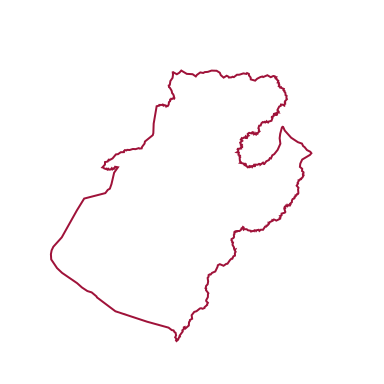 Kranuan, Khon Kaen, Thailand (Mercator projection), rotated 30°
{"feature_id": "78962969B2173089266466", "entity_name": "Kranuan", "entity_type": "district", "adm_level": 2, "iso_a3": "THA", "parent_name": "Thailand", "parent_adm1": "Khon Kaen", "projection": "mercator", "projection_center": [103.114, 16.767], "detail": "fine", "context": "isolated", "style": "outline", "palette": "rose", "viewbox_px": 384, "rotation_deg": 30, "n_neighbors": 0, "source": "geoboundaries", "source_scale": "gbopen_adm2", "svg_char_len": 6041}
<svg xmlns="http://www.w3.org/2000/svg" viewBox="0 0 384 384"><g transform="rotate(30 192 192)"><path d="M254.6,313.3L256.0,309.2L254.5,306.2L254.7,305.1L254.2,303.9L255.5,301.7L253.3,298.9L253.9,294.7L255.5,293.0L257.1,288.9L258.0,288.1L259.6,287.8L260.8,286.2L260.5,285.4L261.6,282.2L261.2,281.8L261.2,280.0L259.1,279.5L258.4,278.7L258.3,275.1L256.9,272.5L256.8,271.5L253.2,270.0L252.5,268.5L251.9,268.6L251.2,266.2L251.7,264.1L250.7,261.4L248.5,258.6L248.7,257.1L247.9,255.6L248.5,254.5L249.4,254.2L249.8,252.0L251.9,249.2L251.5,244.0L251.0,242.5L252.2,240.6L256.2,240.1L257.6,237.1L258.6,236.4L258.9,232.2L259.5,230.0L260.3,229.6L260.0,227.0L261.0,225.6L259.7,223.5L259.7,222.0L258.3,221.3L258.2,220.2L257.8,220.7L256.8,220.2L256.1,219.0L253.5,217.5L252.8,215.3L252.0,215.5L251.4,214.5L250.4,214.2L249.8,213.0L250.9,211.1L250.9,209.9L249.7,208.3L249.8,207.3L249.1,206.5L249.4,205.7L248.8,205.3L249.2,204.3L250.5,204.0L250.4,203.3L252.6,202.1L253.3,200.5L253.1,198.6L253.6,198.3L253.6,196.8L254.5,196.9L254.9,198.5L255.5,198.8L255.8,197.6L255.9,198.0L258.0,196.9L259.5,197.2L262.3,196.2L262.9,196.7L264.8,194.7L265.3,194.8L265.4,193.8L266.4,193.4L267.0,193.7L267.2,192.7L268.6,191.4L269.8,192.0L270.4,190.3L272.4,189.2L272.6,185.5L273.5,184.9L273.3,183.9L273.9,183.7L274.4,181.9L273.7,180.5L274.5,180.4L274.3,179.3L275.8,177.2L275.6,176.3L276.3,176.3L276.4,175.1L277.3,174.7L279.3,174.6L281.3,171.7L281.0,170.9L281.6,170.7L281.0,168.9L280.3,168.7L281.2,167.4L280.4,165.9L282.7,163.5L282.8,162.6L280.7,160.7L280.8,159.8L280.0,159.8L279.7,158.3L280.4,157.9L280.3,156.6L281.2,156.6L281.1,156.0L281.8,156.4L282.1,155.1L283.5,154.8L283.5,153.4L282.8,153.1L283.6,150.9L282.8,149.4L282.7,147.8L283.7,146.6L283.8,145.8L283.3,145.4L283.9,143.8L283.3,143.2L284.2,142.0L284.1,141.1L284.7,140.8L284.7,139.8L282.5,136.6L282.1,135.1L279.5,134.2L279.6,131.7L278.9,131.4L278.9,128.7L278.5,128.5L279.9,126.6L279.5,126.4L280.4,124.3L280.3,121.9L279.8,122.1L279.0,121.0L279.1,119.7L278.6,119.1L276.8,118.8L275.8,116.8L272.9,116.3L271.6,113.3L271.2,108.8L275.6,100.9L276.0,98.7L274.3,98.0L270.6,98.2L267.0,96.8L265.4,96.7L263.0,95.1L258.8,95.9L250.7,95.4L241.6,92.4L238.4,90.1L237.9,90.2L237.6,91.1L239.3,97.5L241.0,101.6L244.4,106.0L245.1,112.7L244.3,118.1L243.2,120.1L243.6,123.5L242.5,123.8L242.6,125.9L241.0,128.2L240.6,131.6L240.0,131.8L238.8,131.1L237.5,134.3L237.0,133.8L236.0,134.1L235.2,135.6L233.0,136.7L233.4,137.6L232.4,137.7L232.9,138.5L231.7,139.0L231.6,140.3L230.7,139.9L229.7,141.5L229.3,141.3L229.7,140.6L229.1,140.5L228.7,141.1L229.2,141.6L227.9,142.8L226.0,142.1L225.5,142.3L224.9,141.3L224.1,142.2L223.7,141.6L224.1,141.1L223.7,141.0L223.1,142.0L222.0,141.7L219.1,142.7L219.4,141.7L218.0,141.2L216.2,138.6L216.3,137.7L215.3,137.4L215.3,136.5L213.6,136.5L212.9,134.5L211.1,135.1L211.7,134.0L211.0,132.3L210.2,132.3L210.1,131.7L212.6,129.9L212.1,129.5L212.2,128.6L213.0,128.1L212.5,127.2L211.3,127.3L211.4,126.1L210.2,126.2L209.0,125.1L210.0,122.6L208.1,122.3L208.2,120.4L209.0,120.4L209.9,118.7L210.7,118.5L210.7,117.0L211.6,117.4L211.8,118.2L212.6,117.8L212.2,115.6L212.8,114.8L211.7,114.5L211.2,113.8L211.9,112.2L214.8,111.3L215.0,110.5L214.3,110.4L214.4,110.0L215.7,109.6L216.8,110.9L217.1,110.3L218.6,110.2L218.1,108.9L219.6,108.8L219.4,107.9L220.1,105.7L219.2,105.4L218.5,104.0L217.6,103.6L217.0,101.0L218.2,100.1L217.8,97.6L218.3,96.1L219.0,96.0L219.7,95.0L220.6,95.2L221.2,93.5L221.9,94.0L223.2,93.7L223.1,92.8L225.2,90.6L224.7,87.6L223.9,87.6L223.6,87.0L224.7,85.4L223.9,83.4L224.7,82.5L225.4,83.7L226.6,83.1L227.0,82.5L226.5,81.5L225.9,81.6L225.9,80.6L227.2,79.9L226.7,79.7L226.8,79.0L225.0,78.3L224.8,74.4L225.8,73.0L225.3,71.8L226.7,71.1L228.7,71.0L228.2,69.8L228.6,69.0L227.5,67.9L228.1,66.9L227.6,67.2L227.2,66.8L227.8,64.1L226.8,63.5L225.8,61.4L224.7,61.4L223.0,59.2L221.7,58.9L221.4,58.1L220.2,58.0L220.0,56.8L217.1,57.2L216.7,56.8L216.2,57.5L215.5,57.1L215.6,57.6L215.0,56.8L214.2,56.9L214.1,55.6L213.2,55.2L213.0,54.3L212.4,53.9L211.5,54.3L211.1,52.5L209.5,52.3L208.4,51.4L208.2,51.9L207.6,51.9L206.9,51.2L207.1,50.6L206.3,50.9L205.8,50.4L204.4,50.9L202.8,53.2L198.9,53.2L196.1,56.9L195.2,56.8L193.8,58.2L191.8,61.3L191.0,64.0L186.6,65.1L185.5,63.5L183.1,62.6L182.2,61.3L180.2,61.5L180.1,62.5L177.2,63.6L174.4,66.7L172.3,68.0L170.8,71.6L169.5,71.9L168.8,73.0L166.7,74.4L166.0,73.9L163.9,74.0L162.2,77.1L158.5,76.4L156.4,74.8L152.7,74.7L148.2,77.1L145.7,80.0L143.1,81.8L142.2,83.3L139.4,84.3L137.7,88.1L137.5,90.0L133.6,89.7L128.4,92.3L122.0,92.2L121.4,95.0L120.0,97.6L115.6,97.7L115.0,97.3L116.9,99.9L118.1,102.9L117.8,106.7L119.2,110.3L118.6,111.4L119.7,112.7L120.5,112.7L123.6,114.4L125.5,116.4L126.9,116.8L128.6,118.2L128.7,118.9L129.8,119.4L129.8,120.1L129.0,120.0L128.2,121.4L127.3,121.7L127.4,122.7L126.9,123.0L127.6,124.4L127.1,125.7L128.1,128.0L128.0,129.8L126.9,130.2L126.8,130.8L125.9,130.2L124.8,130.6L124.2,131.5L123.4,131.4L123.5,130.8L122.9,130.9L122.7,131.5L120.2,132.9L120.5,133.5L118.5,135.4L124.6,151.9L129.1,160.4L129.6,162.4L126.0,171.8L126.7,173.8L126.2,177.8L126.6,179.4L124.7,180.7L124.0,180.6L121.7,183.1L119.3,184.3L117.0,186.8L114.8,187.9L114.3,188.9L113.0,189.2L112.6,190.5L113.1,191.5L110.4,193.2L109.0,196.2L107.3,197.5L106.4,202.7L104.9,205.1L103.8,205.6L104.1,206.4L103.6,206.7L103.7,207.8L101.7,209.6L102.9,211.8L102.1,215.5L103.2,215.2L104.2,215.5L106.5,215.0L106.6,214.4L107.7,214.8L108.1,213.7L109.0,214.1L110.3,213.2L110.6,211.6L111.7,212.2L112.1,210.9L112.8,211.0L113.1,210.4L112.8,208.6L115.5,207.6L114.9,214.2L118.3,225.4L119.2,230.2L118.0,232.3L117.5,236.3L101.9,251.6L101.5,265.5L101.9,296.4L99.3,308.7L99.6,312.7L100.9,316.4L103.8,320.8L113.2,325.4L119.9,327.0L138.1,328.4L144.4,329.7L150.9,330.1L155.3,329.1L161.6,330.2L162.3,330.8L185.3,333.6L217.9,326.8L239.5,321.2L243.5,321.7L245.2,321.1L247.0,322.1L248.1,322.1L249.9,324.1L250.1,326.3L252.1,327.0L252.2,328.4L253.1,328.8L253.8,326.8L253.4,324.1L253.9,323.2L253.1,322.5L253.7,317.5L252.8,316.6L253.5,315.1L252.6,313.3L253.0,312.8L253.3,313.5L254.0,312.9L254.6,313.3Z" fill="none" stroke="#9f1239" stroke-width="2"/></g></svg>